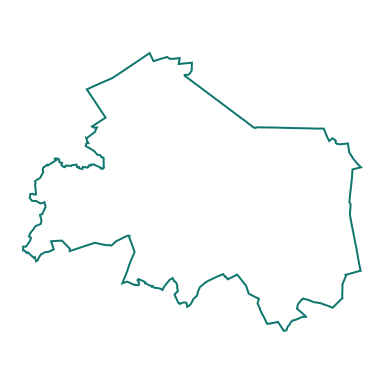 Pāles pag., Limbaži, Latvia (Albers equal-area conic projection)
{"feature_id": "27541924B47846547362039", "entity_name": "Pāles pag.", "entity_type": "district", "adm_level": 2, "iso_a3": "LVA", "parent_name": "Latvia", "parent_adm1": "Limbaži", "projection": "albers", "projection_center": [24.703, 57.696], "detail": "fine", "context": "isolated", "style": "outline", "palette": "teal", "viewbox_px": 384, "rotation_deg": 0, "n_neighbors": 0, "source": "geoboundaries", "source_scale": "gbopen_adm2", "svg_char_len": 5648}
<svg xmlns="http://www.w3.org/2000/svg" viewBox="0 0 384 384"><path d="M69.7,251.1L89.0,244.7L94.9,242.8L101.2,244.2L107.1,245.3L109.3,245.0L111.0,245.5L111.5,245.5L116.1,241.3L127.4,235.7L129.5,235.9L129.1,236.8L134.6,251.9L133.1,255.5L131.9,258.3L129.7,263.5L128.3,267.8L127.4,270.7L123.5,280.3L122.4,283.3L125.3,282.2L127.3,281.7L134.0,284.7L134.3,284.6L134.5,284.6L134.7,284.8L134.9,285.0L135.2,285.0L135.4,285.0L135.9,284.9L136.3,284.9L137.4,285.2L138.2,285.2L138.6,285.1L138.8,285.0L138.9,284.7L138.7,283.6L138.7,283.4L138.9,282.9L139.0,282.5L138.9,282.2L138.8,281.7L138.7,281.6L138.5,281.3L137.9,280.9L137.6,280.5L137.5,280.4L137.6,280.1L137.6,279.9L137.9,279.6L138.1,279.4L138.7,279.3L138.9,279.3L139.0,279.2L145.1,282.0L145.0,283.2L145.6,283.1L146.0,283.4L146.7,283.8L147.0,284.1L149.4,285.3L150.0,285.6L151.4,286.1L151.9,286.8L152.3,286.5L153.0,286.1L153.3,286.8L153.8,287.5L154.3,287.7L156.1,287.8L157.4,288.1L158.6,288.2L160.8,288.8L162.5,290.0L162.6,289.8L164.1,286.7L167.1,282.9L168.0,281.9L168.4,281.3L169.4,280.0L169.8,279.7L172.7,278.1L174.0,281.1L174.4,281.3L175.3,281.6L175.6,281.9L176.0,282.7L176.9,284.3L177.1,284.8L177.2,287.0L177.4,288.8L177.8,290.7L177.9,291.1L175.7,293.3L174.5,294.4L175.5,296.9L176.8,299.4L177.1,300.3L178.3,302.8L178.7,303.2L178.8,303.1L180.0,303.2L180.3,303.9L182.2,302.8L183.4,302.5L186.1,302.6L186.3,302.7L186.5,303.0L186.8,304.6L187.1,306.2L187.2,306.8L190.0,305.0L190.2,304.8L191.4,303.0L191.7,302.3L193.5,298.9L196.1,296.6L196.9,295.9L197.1,295.6L197.9,291.7L200.0,287.0L205.7,282.3L206.9,281.6L208.7,280.6L214.1,278.1L217.0,276.6L217.9,276.3L218.7,276.0L223.1,274.1L224.4,275.8L224.7,276.2L224.8,276.3L224.9,276.5L225.3,276.3L227.8,279.3L234.2,276.1L237.1,274.6L238.8,276.5L246.2,286.0L248.7,293.7L254.6,296.7L258.9,298.7L257.5,303.6L260.0,308.6L259.8,308.9L261.6,312.9L262.7,315.0L264.2,317.7L264.7,318.7L266.3,322.3L267.1,323.8L268.9,323.7L278.0,322.0L280.6,325.9L282.0,328.2L283.8,330.9L285.9,330.4L286.3,330.4L286.4,330.1L286.7,329.5L286.8,329.1L287.8,326.5L288.0,326.2L289.3,324.9L289.5,324.6L289.8,324.2L290.8,322.3L291.1,322.0L291.6,321.4L292.7,320.4L294.6,320.2L302.0,317.1L302.6,316.9L305.9,316.8L305.8,316.5L304.7,315.4L302.3,313.2L296.9,308.6L297.4,307.1L297.5,306.6L297.8,304.5L298.3,303.8L298.5,303.5L301.3,300.1L302.0,299.4L302.4,298.9L302.7,298.7L302.9,298.7L305.0,299.1L308.6,300.0L310.6,300.9L310.8,300.9L314.1,302.2L317.3,302.6L320.4,303.1L324.6,304.7L326.2,305.2L332.7,307.7L332.8,307.5L334.1,306.3L340.1,300.3L342.5,298.1L342.3,297.9L342.2,297.6L342.2,296.6L342.3,293.8L342.5,284.1L343.6,281.6L346.2,275.4L345.8,275.1L345.6,274.8L346.6,274.6L360.2,270.8L360.6,270.8L360.3,269.1L360.2,269.2L358.9,262.5L358.7,261.4L358.4,259.7L358.3,259.4L356.3,247.8L355.8,245.3L355.7,244.9L355.6,244.6L354.9,241.0L354.4,238.3L353.4,233.0L352.7,229.6L350.7,219.4L350.0,215.0L349.9,214.7L350.0,213.4L350.4,207.5L350.6,204.8L350.6,204.5L350.5,204.2L350.4,203.9L349.5,202.3L349.4,202.0L349.4,201.4L349.8,197.6L350.1,194.2L350.2,193.8L351.8,179.5L352.3,173.0L352.2,172.6L352.6,169.5L352.6,169.4L354.1,169.0L361.0,167.3L358.5,165.0L353.9,159.6L351.8,156.4L350.7,154.6L349.4,152.8L347.8,143.4L345.2,143.8L339.7,144.3L336.8,143.8L335.6,142.7L335.7,140.5L332.4,138.3L329.2,141.0L327.2,137.0L325.1,131.9L323.8,128.6L316.1,128.6L309.8,128.4L289.8,128.0L280.0,127.7L276.3,127.6L256.2,127.3L255.7,128.0L254.5,127.7L254.0,127.7L253.3,127.2L247.9,123.2L247.6,123.0L247.6,122.9L247.4,122.6L240.7,117.7L196.8,84.8L193.8,82.6L184.7,75.8L184.7,75.0L188.4,74.7L190.1,73.1L190.9,71.7L191.7,70.6L191.9,62.7L178.7,64.0L179.5,59.7L179.7,58.1L177.4,58.4L174.7,58.6L172.6,58.8L171.1,58.9L170.2,58.9L169.7,58.7L168.8,58.2L167.5,57.2L167.1,57.0L161.3,58.7L160.7,58.9L153.5,61.1L149.6,53.1L143.4,57.3L123.0,71.0L112.3,78.1L98.7,84.0L91.2,87.4L86.8,89.4L92.8,98.3L100.3,109.7L105.6,117.6L103.7,118.9L99.2,121.8L98.1,122.6L96.9,123.3L92.0,126.5L93.1,127.4L95.0,127.6L96.0,127.4L97.0,127.5L96.5,128.2L96.3,128.5L95.5,130.5L95.2,131.5L94.8,132.0L86.5,138.4L86.5,138.6L86.4,138.5L86.7,139.7L87.0,140.3L87.3,141.3L87.8,142.1L88.3,143.1L86.5,143.2L85.7,146.0L90.0,148.5L91.7,149.5L94.4,151.3L97.3,154.7L97.8,154.8L99.4,154.9L99.7,155.0L100.3,155.3L100.4,155.5L100.8,156.0L101.3,156.8L101.6,157.4L102.6,157.3L103.3,157.5L103.4,157.9L103.7,158.2L103.6,159.8L103.7,164.0L103.7,167.1L104.0,167.6L102.5,168.9L101.8,168.9L101.8,168.3L101.1,167.9L100.8,168.2L100.2,167.8L99.5,167.1L97.8,166.3L96.0,165.6L93.5,164.3L93.0,164.7L91.1,164.5L90.9,165.5L89.1,165.2L88.3,167.0L87.8,166.9L87.5,167.6L82.9,166.9L82.4,169.0L78.8,168.1L78.9,167.0L77.0,167.0L76.5,164.6L71.7,165.3L70.9,166.1L69.1,165.7L65.7,165.6L64.9,167.2L63.4,166.8L61.3,164.8L62.0,162.9L60.7,162.8L59.3,161.9L59.1,159.4L57.4,158.5L55.3,158.5L54.8,158.7L56.2,160.2L47.8,165.5L47.1,164.7L44.4,166.9L44.1,166.9L43.1,167.9L43.1,168.5L42.8,169.1L42.6,169.6L43.3,171.9L40.6,177.2L39.5,178.3L37.6,179.4L36.2,180.3L35.0,181.4L35.5,183.5L35.1,184.4L36.1,194.4L33.8,194.5L32.9,193.7L30.4,194.0L30.1,195.6L29.7,197.5L29.7,197.9L32.0,200.8L34.2,201.0L35.9,200.9L40.3,203.4L43.0,202.8L44.3,202.5L44.4,202.4L44.9,204.4L45.6,206.9L44.3,209.4L43.4,211.5L42.5,213.5L42.4,213.6L42.4,214.1L41.3,214.4L40.0,214.8L41.5,220.9L40.7,224.0L35.5,226.2L34.4,227.7L33.5,229.2L32.7,230.1L30.4,233.0L28.9,236.4L30.9,237.7L30.4,240.0L29.4,241.9L26.0,246.6L25.8,246.7L23.2,246.6L23.1,248.7L23.1,249.6L23.0,250.4L24.1,250.4L26.9,253.0L27.8,252.2L32.1,256.3L33.8,257.8L34.8,257.1L36.1,261.3L37.8,260.2L38.7,257.9L40.6,254.9L40.8,254.6L45.1,252.2L45.3,252.1L48.7,251.8L53.8,249.3L52.4,245.4L52.5,245.4L51.1,241.3L54.5,241.0L61.9,240.6L69.7,248.6L69.7,251.1Z" fill="none" stroke="#0f766e" stroke-width="2"/></svg>